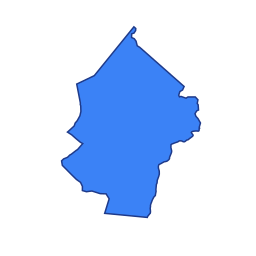 Deglos, Castries, Saint Lucia, rotated 245°
{"feature_id": "8701671B12936296158000", "entity_name": "Deglos", "entity_type": "district", "adm_level": 2, "iso_a3": "LCA", "parent_name": "Saint Lucia", "parent_adm1": "Castries", "projection": "albers", "projection_center": [-60.976, 13.977], "detail": "fine", "context": "isolated", "style": "filled", "palette": "blue", "viewbox_px": 256, "rotation_deg": 245, "n_neighbors": 0, "source": "geoboundaries", "source_scale": "gbopen_adm2", "svg_char_len": 2540}
<svg xmlns="http://www.w3.org/2000/svg" viewBox="0 0 256 256"><g transform="rotate(245 128 128)"><path d="M189.5,100.1L170.8,95.4L169.5,94.7L168.0,94.5L162.9,92.3L159.4,89.6L156.1,85.1L154.8,82.2L152.6,80.1L150.3,72.9L149.9,71.4L145.6,74.1L140.5,76.3L135.2,78.8L133.0,80.4L129.8,73.2L129.6,71.6L128.2,65.5L128.1,63.8L127.0,60.8L127.2,56.6L126.3,53.9L121.9,52.7L109.9,57.0L103.2,59.5L98.8,62.0L94.3,62.0L90.6,60.2L90.3,60.5L89.4,61.6L87.8,63.4L86.8,66.7L86.1,68.7L80.3,75.0L79.4,76.7L77.6,80.3L73.4,80.8L71.8,81.0L68.7,78.2L60.5,70.8L50.0,88.7L38.8,107.7L39.1,107.9L39.4,108.3L39.6,108.6L40.0,109.2L40.2,109.8L40.5,110.2L40.7,110.7L41.1,111.5L41.3,112.1L41.7,112.4L42.1,112.7L42.5,112.9L42.8,113.1L43.3,113.2L43.8,113.5L44.4,113.7L45.1,113.9L45.5,114.0L46.1,114.4L46.6,114.7L47.2,115.1L47.7,115.4L48.3,115.6L48.7,115.9L49.3,116.4L50.1,117.2L50.5,117.6L51.0,118.2L51.9,119.0L52.3,119.4L52.8,120.1L53.1,120.4L53.5,120.9L53.7,121.3L54.4,122.0L54.5,122.4L54.8,123.0L55.0,123.5L55.2,124.2L56.3,124.9L57.7,125.9L58.2,126.3L58.8,126.7L59.4,126.9L60.0,127.1L60.6,127.4L64.9,129.9L65.9,131.1L68.2,132.4L71.3,135.5L73.0,136.9L75.7,138.1L78.8,138.6L80.6,139.4L81.8,140.6L81.8,142.5L82.1,146.5L81.8,147.6L81.7,147.8L81.5,149.1L81.5,149.4L81.6,150.1L81.8,150.7L81.9,151.2L82.1,151.7L82.5,152.4L82.9,152.8L83.4,153.0L83.9,153.3L86.6,156.2L87.0,156.6L87.4,157.0L88.0,157.5L88.9,157.9L89.5,158.1L90.3,158.2L91.1,158.4L91.9,158.6L92.5,158.7L93.0,159.0L93.4,159.3L94.3,159.7L94.8,160.0L94.9,160.5L94.9,161.4L94.9,161.8L94.8,162.5L94.8,163.1L94.7,164.4L94.6,165.1L94.5,166.3L94.4,166.9L94.4,167.5L94.5,168.1L94.6,168.6L94.6,169.0L94.5,169.5L94.3,169.9L94.1,170.3L93.9,170.6L93.6,171.1L93.2,171.5L92.6,171.9L92.0,172.6L91.7,173.2L91.7,173.7L91.7,174.2L91.9,174.9L92.1,175.5L92.2,176.1L92.1,176.7L92.0,177.4L92.0,177.9L92.3,178.8L92.5,179.6L92.6,180.4L92.9,181.5L93.0,182.2L93.2,183.0L93.4,183.4L93.7,183.8L94.3,184.0L94.7,183.9L95.2,183.8L96.3,183.5L97.2,183.5L97.6,184.3L97.6,185.2L97.3,186.3L97.0,187.2L96.6,188.3L96.2,189.1L95.9,189.6L95.5,190.3L95.4,190.7L95.5,190.9L95.6,191.2L95.8,191.4L97.0,192.1L97.6,192.4L97.6,192.8L98.6,192.9L101.9,195.8L106.9,195.4L109.9,194.5L112.7,194.8L114.5,197.6L114.5,199.5L119.4,201.4L121.0,201.1L124.0,203.3L127.7,202.1L130.8,195.4L130.5,193.2L134.2,189.4L134.5,187.8L136.3,187.8L139.1,190.4L139.4,193.5L141.9,196.4L196.2,172.7L198.6,171.1L203.3,172.0L206.3,171.4L208.5,169.5L211.8,171.1L211.5,173.6L213.1,176.1L214.9,177.1L217.2,176.1L189.7,119.6L189.5,100.1Z" fill="#3b82f6" stroke="#1e3a8a" stroke-width="1.5"/></g></svg>